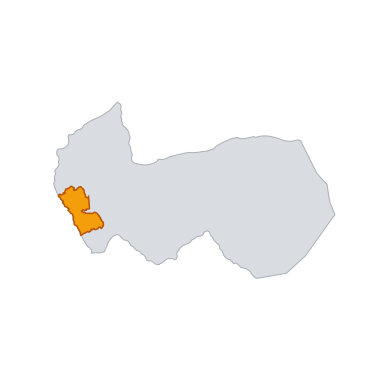 Alto Paraná on a map of Paraguay (orthographic projection), rotated 140°
{"feature_id": "PRY-616", "entity_name": "Alto Paraná", "entity_type": "Department", "adm_level": 1, "iso_a3": "PRY", "parent_name": "Paraguay", "parent_adm1": "", "projection": "orthographic", "projection_center": [-55.001, -25.353], "detail": "fine", "context": "in_parent", "style": "filled", "palette": "amber", "viewbox_px": 384, "rotation_deg": 140, "n_neighbors": 0, "source": "natural_earth", "source_scale": "10m", "svg_char_len": 7236}
<svg xmlns="http://www.w3.org/2000/svg" viewBox="0 0 384 384"><g transform="rotate(140 192 192)"><path d="M198.6,94.5L199.2,96.6L199.7,98.3L200.6,99.5L201.6,101.0L202.5,101.9L203.2,103.4L203.0,105.1L203.4,107.2L203.9,109.1L204.4,109.6L205.7,110.0L206.4,111.7L206.0,112.6L206.2,113.6L206.7,114.5L206.3,115.5L206.5,116.2L207.4,116.8L208.3,119.2L208.5,123.2L207.6,125.4L206.9,127.2L206.7,128.3L207.3,129.9L206.4,131.8L205.3,134.1L205.6,135.7L205.8,137.1L206.0,138.7L206.3,140.2L205.9,141.8L205.6,143.2L205.4,144.8L205.9,146.5L205.1,148.2L204.7,149.4L204.5,150.6L205.4,152.5L207.5,153.2L209.2,153.4L210.7,152.4L211.9,152.1L214.1,152.9L216.2,154.5L218.8,154.6L221.1,154.9L222.8,155.3L225.4,154.7L228.0,155.2L231.2,156.1L233.7,156.8L236.3,156.6L238.2,156.5L240.2,155.6L242.2,155.6L243.6,154.0L244.4,152.6L245.2,151.6L247.3,150.8L248.7,151.3L250.0,153.9L252.1,155.3L252.9,156.4L254.5,156.9L257.9,157.0L260.0,156.8L262.4,157.6L263.9,157.6L265.3,159.0L266.6,160.7L266.8,163.7L268.0,166.1L269.6,167.0L270.4,168.5L270.1,170.6L269.4,172.6L269.5,174.9L270.3,177.0L270.4,179.1L270.9,181.2L272.0,182.9L272.4,185.8L272.2,187.9L272.9,189.1L273.2,190.8L272.8,192.1L272.6,194.0L272.7,195.7L273.3,197.1L274.9,198.9L275.4,202.0L275.4,204.2L276.1,206.8L277.5,208.0L279.6,208.4L282.2,208.8L285.3,208.2L288.0,207.5L289.5,206.8L292.5,204.9L295.1,203.8L296.5,203.1L297.8,202.6L300.4,203.8L302.8,205.3L304.7,207.4L308.3,209.7L307.6,210.3L306.2,212.1L306.2,214.3L307.1,217.5L306.2,224.1L303.5,234.3L302.3,240.2L302.8,241.9L301.8,244.9L298.0,251.2L297.9,255.5L297.4,268.4L296.2,277.5L294.1,284.2L292.2,287.8L290.5,288.2L289.3,289.3L288.5,291.0L287.1,292.4L285.1,293.5L284.0,294.8L283.9,296.1L281.9,297.0L278.3,297.4L276.1,298.5L275.5,300.3L274.2,301.7L272.4,302.7L271.6,304.5L271.7,306.9L270.6,308.9L268.5,310.7L266.5,310.7L264.6,309.1L262.1,308.1L259.1,307.5L256.5,308.0L254.4,309.4L252.6,311.5L251.1,314.5L249.3,315.0L247.3,313.1L244.8,312.5L241.9,313.3L239.5,313.1L237.7,311.8L235.0,311.7L231.3,312.7L223.9,311.7L212.6,308.5L203.1,307.4L191.5,308.9L190.4,305.4L191.0,303.5L192.8,302.0L194.0,300.3L194.4,298.5L195.7,297.0L197.8,296.0L198.7,295.0L198.3,294.1L198.7,293.2L199.9,292.4L200.6,291.2L200.7,289.6L201.2,288.8L202.0,288.1L202.0,287.0L201.5,283.5L201.5,280.7L202.0,278.5L202.7,277.1L203.2,276.8L203.7,275.9L203.8,274.6L204.6,273.3L208.2,270.7L209.6,269.3L209.7,268.0L210.2,266.3L212.4,262.5L213.0,260.8L213.1,259.9L213.9,259.0L216.5,256.9L217.9,254.9L218.1,253.1L217.4,251.1L215.9,248.8L210.9,243.1L207.1,240.6L202.3,238.5L199.1,237.9L197.6,238.7L196.0,238.2L194.4,236.2L191.8,234.8L186.2,233.2L173.4,226.9L168.2,223.8L166.5,221.9L161.6,218.4L153.7,213.5L147.7,211.2L143.5,211.5L136.9,210.3L127.6,207.5L122.2,204.7L120.7,201.7L117.2,198.9L111.7,196.2L108.8,194.4L108.6,193.4L106.9,192.3L103.9,190.9L100.5,188.5L96.8,185.0L92.7,179.5L88.3,172.0L83.7,167.1L78.9,164.7L76.5,163.0L76.5,162.2L75.7,161.4L76.3,159.9L77.7,153.9L79.7,145.3L81.9,136.4L84.4,125.9L84.1,118.6L83.7,110.9L87.8,104.3L90.6,99.6L93.1,95.2L95.5,87.7L97.1,82.7L103.9,81.2L115.5,78.1L121.3,76.6L133.5,73.4L145.9,70.2L159.1,69.6L171.8,69.0L181.8,74.8L189.4,79.2L197.8,84.2L198.4,85.2L199.1,89.5L198.6,94.5Z" fill="#d9dde1" stroke="#a8b0b8" stroke-width="1"/><path d="M298.3,255.5L298.3,256.0L298.7,257.0L298.8,257.6L298.3,257.9L297.4,257.8L297.1,258.1L297.1,258.9L297.6,260.4L297.7,261.0L297.8,261.4L298.4,262.2L298.6,262.6L298.6,263.2L298.3,263.8L298.0,264.2L297.9,264.7L298.1,266.1L298.1,266.6L297.9,267.1L297.6,267.2L297.0,267.2L296.8,267.3L296.6,267.6L296.6,267.9L296.7,268.2L296.8,269.2L297.1,270.1L297.1,270.8L296.5,272.7L296.6,273.2L297.1,273.8L297.2,274.1L297.1,274.5L296.7,274.9L296.5,275.3L296.4,275.4L294.9,275.3L294.6,275.2L294.4,275.0L294.4,274.8L294.4,274.6L294.4,274.4L294.4,274.1L294.2,273.9L293.6,273.6L293.2,273.4L292.7,273.3L292.3,273.3L292.0,273.4L291.8,273.5L291.4,273.8L291.1,274.0L290.9,274.0L290.7,273.9L290.5,273.7L290.4,273.6L290.4,273.4L290.5,272.9L290.5,272.6L290.4,272.5L290.1,272.6L289.8,272.9L289.6,273.2L289.2,273.9L289.1,274.0L288.9,274.2L288.8,274.3L288.6,274.4L288.2,274.5L287.3,274.6L287.2,274.8L287.0,275.1L286.9,275.2L286.9,275.3L286.6,275.3L286.4,275.2L286.0,274.9L285.7,274.7L284.8,274.5L284.1,274.2L283.9,274.1L283.7,274.1L283.1,274.1L281.1,274.2L280.6,273.6L279.6,270.7L281.1,269.9L281.3,269.7L281.4,269.4L281.4,269.1L281.2,268.9L280.8,268.8L280.3,268.7L280.1,268.6L279.9,268.5L279.8,268.4L279.7,268.2L279.4,268.0L278.4,268.2L277.9,268.3L277.2,268.4L276.5,268.3L276.3,268.4L275.9,268.5L275.7,268.5L275.5,268.4L275.2,268.2L274.0,267.8L273.9,267.7L273.7,267.1L273.8,266.3L273.8,266.0L273.6,265.4L273.6,265.1L273.7,264.8L273.6,264.5L273.4,264.3L273.3,264.1L273.3,263.8L273.5,263.2L274.0,262.0L274.1,261.9L274.6,261.4L274.8,261.2L274.9,260.9L275.3,259.6L275.4,259.2L275.5,258.5L275.6,258.1L275.8,257.8L276.5,257.2L276.7,256.9L276.7,256.7L276.6,256.3L276.2,255.8L276.1,255.6L276.1,255.3L276.1,255.1L276.0,254.9L275.9,254.8L275.5,254.7L275.2,254.6L274.3,254.9L280.5,246.1L281.3,245.2L281.7,245.2L282.2,245.5L282.9,246.2L283.1,246.4L283.8,246.6L284.1,246.7L284.4,246.7L284.4,246.4L284.3,245.8L284.2,245.5L284.4,245.7L284.7,246.1L284.8,246.3L285.1,246.4L285.3,246.5L285.7,246.6L286.1,246.8L286.3,247.0L286.4,247.4L286.5,247.8L286.8,248.4L287.5,248.5L288.3,248.5L288.9,248.4L288.9,248.0L288.8,247.8L288.8,247.7L288.7,247.5L288.5,247.3L288.5,247.2L288.4,247.0L288.4,246.9L288.4,246.7L288.4,246.1L288.3,245.9L288.2,245.8L287.5,245.5L287.3,245.4L287.2,245.3L287.2,245.2L287.1,244.9L287.3,244.3L287.3,244.2L287.2,243.9L284.8,242.1L282.6,240.0L282.5,239.8L282.4,239.7L282.2,239.6L281.9,239.7L281.7,239.6L281.5,239.4L281.4,239.3L281.2,239.2L280.6,239.3L280.4,239.3L280.2,239.3L280.0,239.2L279.9,239.2L279.6,239.0L279.4,238.8L279.4,238.7L279.2,238.2L278.9,237.7L278.6,237.2L278.5,236.7L278.6,236.4L278.6,236.1L278.6,235.8L278.5,235.6L278.5,235.4L278.6,235.0L278.6,234.8L278.5,234.6L278.4,234.3L278.4,234.1L278.4,233.8L278.6,233.6L278.9,233.1L278.9,232.8L278.9,232.6L278.7,231.9L278.6,231.3L278.6,231.0L278.7,230.8L278.9,230.7L279.1,230.5L279.3,230.1L279.4,229.8L279.3,228.5L279.4,228.2L279.7,227.7L279.7,227.2L279.5,226.5L279.5,226.1L279.5,225.8L279.6,225.5L279.8,225.3L280.6,224.3L281.3,223.3L284.3,222.3L284.9,222.4L284.8,223.5L284.8,223.9L284.9,224.2L285.3,224.6L285.7,224.8L286.1,224.8L286.4,224.8L287.1,224.5L287.5,224.4L289.8,225.1L290.3,225.4L290.6,225.7L290.7,226.0L290.6,226.4L290.6,226.5L290.6,226.8L290.8,227.0L291.0,227.1L292.2,227.2L292.6,227.2L292.8,227.3L292.9,227.6L292.9,227.8L292.9,228.0L293.1,228.2L293.2,228.3L293.4,228.3L293.5,228.2L293.8,228.0L293.9,227.8L294.1,227.6L294.2,227.4L294.4,227.3L294.7,227.3L295.0,227.3L295.3,227.5L295.5,227.6L295.9,227.6L296.3,227.4L296.5,227.4L296.7,227.5L296.8,227.6L297.1,228.3L297.2,228.6L297.4,228.8L297.7,228.9L299.8,229.2L300.5,229.5L301.3,229.8L301.9,229.9L302.6,230.0L303.3,229.9L304.0,229.9L304.3,229.9L305.0,230.2L304.6,231.3L303.8,232.4L303.6,232.9L302.4,238.3L302.1,239.4L302.1,239.9L302.1,240.4L302.3,241.0L303.0,242.2L303.1,242.7L302.8,243.3L301.9,244.1L301.6,244.7L301.0,246.6L300.3,247.7L299.8,248.3L299.0,249.1L298.4,250.2L298.1,251.2L298.0,251.6L298.0,252.2L298.1,252.9L298.4,253.4L298.6,254.0L298.5,254.7L298.3,255.4L298.3,255.5Z" fill="#f59e0b" stroke="#b45309" stroke-width="1.5"/></g></svg>